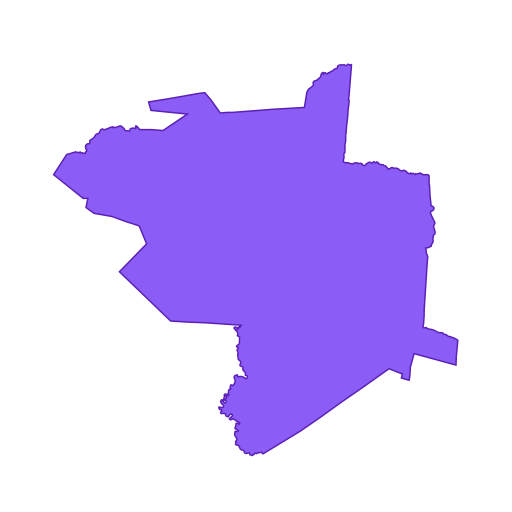 outline of Lupane, Matabeleland North, Zimbabwe, rotated 5°
{"feature_id": "62879985B9904230629136", "entity_name": "Lupane", "entity_type": "district", "adm_level": 2, "iso_a3": "ZWE", "parent_name": "Zimbabwe", "parent_adm1": "Matabeleland North", "projection": "orthographic", "projection_center": [27.928, -18.869], "detail": "fine", "context": "isolated", "style": "filled", "palette": "violet", "viewbox_px": 512, "rotation_deg": 5, "n_neighbors": 0, "source": "geoboundaries", "source_scale": "gbopen_adm2", "svg_char_len": 6059}
<svg xmlns="http://www.w3.org/2000/svg" viewBox="0 0 512 512"><g transform="rotate(5 256 256)"><path d="M102.5,139.8L99.7,140.5L96.9,142.3L95.8,142.5L93.9,143.6L93.4,143.6L92.5,142.9L91.9,142.9L91.3,143.0L90.3,143.8L89.1,147.0L86.0,148.9L85.4,149.7L85.1,150.8L83.4,153.0L80.6,155.2L80.3,155.8L80.6,157.1L80.5,158.3L80.0,158.7L78.4,158.9L76.9,160.3L76.7,161.2L76.7,162.6L77.5,164.6L78.3,165.5L78.1,166.2L77.2,167.3L77.0,168.7L75.6,168.5L74.8,168.9L74.0,168.3L72.9,168.7L71.7,167.7L70.4,168.7L69.0,168.1L68.0,168.4L67.3,168.0L58.6,171.4L47.3,192.6L78.9,213.7L83.5,213.2L82.4,222.5L90.9,227.6L109.1,229.2L122.9,232.9L137.0,236.2L146.0,253.4L121.3,283.6L176.6,328.2L193.4,327.8L212.1,326.9L248.1,326.2L246.4,326.6L246.5,328.2L245.9,328.6L245.2,328.0L244.8,328.5L244.4,330.4L243.8,330.8L243.6,329.5L243.2,328.9L241.4,328.5L240.5,329.2L240.5,330.0L243.8,333.1L244.5,334.2L244.7,336.2L244.4,337.0L246.7,338.1L247.0,343.2L247.0,344.9L244.5,347.4L244.5,348.0L245.2,348.5L246.2,348.7L246.4,349.8L245.3,351.0L245.4,351.7L246.5,353.5L246.4,355.9L247.4,360.6L249.6,362.2L250.2,363.8L250.1,364.6L249.4,365.7L249.8,366.7L252.4,367.6L252.7,368.1L252.9,370.6L255.2,372.8L255.7,374.1L255.9,375.7L257.7,376.1L258.0,376.4L257.8,378.1L257.0,379.2L254.0,377.7L252.2,377.3L250.7,377.4L248.6,378.0L247.9,376.2L246.6,376.3L244.9,377.6L244.8,379.0L246.2,382.0L246.0,383.6L245.7,384.9L244.2,387.2L243.0,386.6L242.2,386.6L241.6,389.0L242.4,390.6L242.3,390.8L241.1,391.1L240.5,391.9L240.3,395.0L241.1,396.5L240.4,397.5L239.5,396.6L238.2,396.0L236.8,396.5L236.5,397.5L236.7,398.6L237.0,398.9L237.8,398.4L238.0,398.0L238.6,397.9L238.8,398.3L239.0,399.5L238.5,400.4L238.1,400.7L237.6,400.7L236.4,400.4L236.4,401.0L235.8,402.5L236.4,402.7L237.5,402.3L238.2,402.2L238.6,402.5L239.1,403.3L239.0,404.3L238.7,404.8L238.2,405.0L237.4,404.8L235.5,403.5L234.9,402.3L234.1,402.4L233.8,402.8L233.4,404.3L235.2,406.7L236.4,407.3L236.9,408.3L236.6,409.2L235.5,409.9L234.2,410.0L232.8,409.5L232.4,409.6L232.2,410.6L233.2,412.1L234.6,412.1L235.2,412.3L235.4,413.0L234.4,414.7L234.5,415.5L235.0,416.0L238.4,415.5L239.4,416.3L240.3,418.2L241.7,418.6L242.4,418.4L242.8,417.9L243.8,416.1L244.4,415.8L245.6,415.7L246.0,416.0L246.5,416.8L246.5,417.1L244.8,419.2L243.7,420.1L243.7,420.6L243.9,420.8L244.7,421.3L245.4,421.3L246.9,420.4L247.6,420.4L248.6,420.7L250.7,422.0L252.9,422.7L253.9,423.4L254.4,424.3L254.0,424.9L253.4,424.9L251.9,424.2L251.1,424.2L250.8,424.4L250.7,425.3L250.8,426.4L250.6,427.7L250.1,428.5L250.1,429.2L250.3,429.9L252.1,430.5L253.7,431.5L253.5,432.3L252.5,432.6L251.0,432.3L250.5,432.7L250.3,433.2L250.3,436.0L251.5,438.0L252.7,439.3L253.0,440.4L253.0,440.9L251.9,442.6L252.2,444.1L252.0,445.2L252.8,446.0L254.6,446.1L255.1,446.3L257.4,449.9L258.5,450.4L260.3,450.6L260.9,451.2L261.8,453.0L262.3,453.5L263.5,453.6L265.3,453.0L266.3,452.8L267.0,453.4L267.4,454.6L268.1,454.3L268.9,455.0L269.4,455.1L271.2,453.9L272.3,452.4L274.0,452.8L275.0,451.9L276.9,451.6L278.0,450.9L278.7,451.1L279.2,451.8L280.2,452.5L315.8,426.3L334.1,411.1L354.7,393.4L374.6,376.9L398.3,356.7L412.1,360.8L411.5,364.9L419.4,366.4L419.7,361.8L419.5,353.1L422.0,339.5L464.7,347.2L464.3,338.2L464.4,322.3L460.1,320.3L458.6,320.1L456.8,319.4L454.6,319.3L452.4,317.8L450.6,317.7L449.8,317.3L448.9,316.5L448.4,316.3L443.9,316.3L442.0,315.3L440.0,314.5L437.6,313.9L435.4,313.8L433.4,313.4L431.7,312.5L429.3,313.0L428.7,312.8L428.5,312.2L428.8,309.1L428.7,300.5L428.3,296.5L427.3,255.5L427.1,241.5L425.4,238.1L424.6,233.8L424.2,233.2L424.4,232.9L426.3,232.9L428.2,232.0L428.9,230.9L429.7,230.9L429.5,230.1L431.0,226.8L431.2,226.0L430.6,222.6L431.0,221.7L430.9,221.0L431.0,219.8L431.3,219.3L432.2,218.7L432.4,216.6L431.7,215.0L431.3,213.3L430.5,212.1L430.4,210.9L431.4,207.3L427.0,199.9L426.2,198.1L426.0,196.5L427.3,195.9L428.5,195.0L429.1,193.7L429.2,192.6L427.8,191.2L426.3,190.6L425.9,189.9L424.0,180.1L422.7,170.4L422.2,169.3L421.6,162.6L421.3,160.8L420.9,160.8L420.4,160.1L419.6,160.2L418.8,160.0L417.6,160.4L415.8,160.5L412.2,159.0L411.9,159.5L410.2,159.8L408.6,160.5L407.8,160.1L407.3,161.0L406.2,160.6L405.3,160.0L404.0,160.1L403.7,160.6L403.1,160.6L402.5,160.0L401.8,160.5L401.0,160.5L399.6,160.1L398.4,158.6L397.5,158.6L396.6,157.8L395.3,157.8L393.8,158.6L391.2,157.8L390.5,156.9L388.3,156.2L386.7,156.5L385.0,156.4L384.2,156.0L383.7,156.0L382.6,156.5L381.9,157.4L381.4,157.4L380.9,157.9L380.3,158.1L380.0,157.5L377.3,155.1L375.7,154.7L374.7,154.0L374.0,154.3L373.2,154.0L370.7,153.9L369.6,152.3L368.8,152.5L368.1,151.8L367.1,152.8L366.1,152.1L364.8,151.9L364.0,153.1L363.4,153.4L361.4,152.6L360.6,152.7L358.1,154.4L356.9,156.1L356.1,156.4L354.2,156.2L353.6,154.9L352.4,154.5L349.8,155.0L349.3,154.5L348.4,154.6L347.5,154.4L346.2,154.9L345.4,154.9L344.8,155.6L343.9,155.9L342.0,155.8L339.5,155.0L338.5,155.3L338.0,155.1L337.4,155.5L334.7,154.4L334.7,151.7L335.1,151.3L335.0,150.4L335.1,149.8L334.8,149.1L334.6,146.4L335.5,145.4L335.2,139.4L334.8,139.0L335.3,133.7L334.8,128.1L335.0,125.6L334.9,117.1L335.1,115.4L335.0,112.4L335.2,111.4L335.0,101.2L335.3,96.6L335.2,92.6L334.5,92.2L334.7,88.6L334.5,57.3L334.1,57.0L333.1,57.6L330.9,56.9L329.8,58.1L329.0,58.5L327.1,57.8L325.7,58.1L324.1,58.1L322.3,58.6L321.0,59.4L320.6,60.7L320.6,61.2L320.3,62.4L319.5,62.3L318.2,62.8L317.3,63.5L316.4,64.8L314.3,65.8L313.3,67.0L312.8,67.2L312.2,67.0L311.8,67.6L310.7,68.4L310.1,68.3L309.5,67.6L308.8,67.4L307.7,68.0L307.4,67.6L307.1,67.6L307.1,68.6L306.7,68.2L306.6,67.5L305.7,68.1L305.6,68.5L305.0,69.5L304.8,71.2L304.3,72.5L301.5,75.3L300.5,76.0L299.0,76.5L298.0,77.5L297.8,78.4L297.9,79.2L298.3,80.2L298.1,80.9L297.5,81.9L293.7,85.4L292.4,88.4L291.3,103.8L260.5,108.3L220.0,115.0L213.8,115.6L208.0,116.7L197.4,104.3L190.8,97.8L185.3,98.9L155.8,106.8L135.6,111.9L138.7,120.1L175.2,120.6L152.5,139.1L141.4,139.2L129.0,140.2L126.7,137.7L125.4,136.9L124.8,137.0L124.8,137.6L125.3,138.7L125.1,139.3L124.7,139.6L124.1,139.3L122.0,139.3L120.8,139.7L119.7,140.4L119.1,142.5L115.4,142.5L114.0,141.8L113.6,140.6L110.1,138.2L109.0,138.3L105.2,140.1L102.9,140.5L102.5,139.8Z" fill="#8b5cf6" stroke="#5b21b6" stroke-width="1.5"/></g></svg>